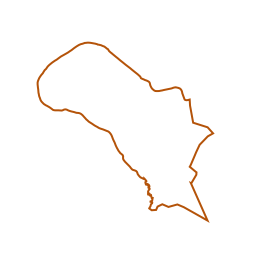 outline of La Pointe, Saint Lucia, rotated 193°
{"feature_id": "8701671B35754409069588", "entity_name": "La Pointe", "entity_type": "district", "adm_level": 2, "iso_a3": "LCA", "parent_name": "Saint Lucia", "parent_adm1": "", "projection": "natural_earth1", "projection_center": [-60.888, 13.916], "detail": "fine", "context": "isolated", "style": "outline", "palette": "amber", "viewbox_px": 256, "rotation_deg": 193, "n_neighbors": 0, "source": "geoboundaries", "source_scale": "gbopen_adm2", "svg_char_len": 4719}
<svg xmlns="http://www.w3.org/2000/svg" viewBox="0 0 256 256"><g transform="rotate(193 128 128)"><path d="M74.3,169.6L74.7,169.4L75.2,169.1L75.6,168.8L76.2,168.6L76.6,168.5L76.9,168.3L77.6,168.2L78.4,168.2L78.8,168.3L79.1,168.4L79.6,169.0L81.1,171.3L83.0,174.2L83.1,174.6L83.3,175.0L83.5,175.4L83.7,175.8L84.0,176.2L84.2,176.5L84.6,176.9L84.7,177.1L85.2,177.5L85.3,177.6L85.5,177.7L85.7,177.8L85.9,177.9L86.2,178.1L86.7,178.2L87.0,178.3L87.3,178.3L87.6,178.3L87.8,178.4L88.3,178.4L88.5,178.4L89.0,178.4L89.4,178.4L89.8,178.4L90.2,178.4L90.5,178.3L91.0,178.3L91.1,178.2L91.4,178.1L91.7,178.0L92.1,177.8L92.5,177.6L92.9,177.4L93.1,177.3L93.2,177.2L93.6,176.9L93.9,176.7L94.3,176.5L94.6,176.3L94.8,176.2L100.5,173.6L102.4,172.7L102.7,172.5L104.3,171.8L104.6,171.7L105.6,171.2L106.5,170.9L106.8,170.8L107.7,170.6L108.6,170.4L109.7,170.2L111.0,170.5L112.2,171.1L113.3,171.7L114.3,172.6L115.3,173.8L116.0,174.8L116.2,175.3L116.5,175.9L116.7,176.3L117.1,177.0L117.4,177.3L117.8,177.6L118.2,177.8L119.1,178.1L120.5,178.4L122.5,178.6L123.2,178.8L124.2,179.0L124.5,179.0L125.1,179.1L125.9,179.3L126.4,179.4L126.6,179.5L126.8,179.8L127.1,180.1L127.6,180.8L128.3,181.2L130.6,182.5L134.2,184.2L137.7,185.9L139.0,186.6L144.3,189.0L148.2,190.9L150.3,191.9L151.1,192.3L154.0,193.8L155.5,194.5L157.1,195.3L160.5,197.0L160.9,197.3L161.6,197.5L162.3,197.9L163.7,198.7L165.3,200.3L165.9,200.5L166.5,200.6L167.1,201.0L169.3,202.0L170.0,202.1L170.9,202.2L172.0,202.4L172.9,202.6L175.2,202.6L176.4,202.5L176.8,202.7L178.9,202.8L180.9,202.7L182.8,202.6L184.3,202.5L185.4,202.3L186.5,202.1L188.4,201.4L189.2,201.2L191.2,199.9L192.8,199.1L194.2,198.1L195.6,196.8L196.5,195.9L198.5,193.7L200.6,191.1L201.8,189.9L203.3,188.2L205.0,186.6L207.4,184.4L208.4,183.5L209.3,182.7L211.3,180.4L212.9,178.5L214.2,177.3L215.4,176.0L216.5,174.8L217.6,173.4L218.9,171.7L220.1,169.8L221.1,167.2L222.2,165.6L223.1,163.0L223.3,162.2L224.4,160.2L224.9,159.0L225.5,157.4L225.8,156.4L226.3,153.5L226.3,152.8L226.3,152.1L226.2,151.5L225.8,149.9L225.3,148.5L224.8,147.0L224.5,146.3L224.0,144.9L223.3,142.7L223.2,142.5L223.1,142.0L222.8,141.6L222.0,139.7L221.5,138.7L220.5,137.3L219.7,135.9L219.5,135.6L218.9,135.0L218.5,134.5L217.2,133.6L216.9,133.4L215.3,132.4L214.1,132.0L213.4,131.7L212.0,131.4L210.0,130.8L208.8,130.4L207.6,129.9L206.5,129.4L205.2,128.8L204.0,128.7L202.6,128.9L200.8,129.3L200.1,129.5L197.2,130.0L196.5,130.1L195.6,130.6L194.5,131.5L193.4,132.0L192.8,132.1L191.9,132.1L191.4,132.0L190.2,131.7L189.5,131.6L188.6,131.5L186.9,131.4L184.9,131.4L184.6,131.4L184.2,131.4L181.7,131.2L179.7,131.5L178.5,131.5L177.5,131.3L177.1,131.2L176.7,131.0L175.6,130.5L174.5,129.8L174.0,129.4L171.1,127.4L170.8,127.1L169.6,126.5L168.7,126.0L168.1,125.6L167.5,125.3L167.2,125.2L163.8,124.0L161.3,123.0L160.6,122.8L160.0,122.6L158.1,122.1L157.3,121.8L157.1,121.8L156.8,121.6L155.3,121.3L154.4,121.2L152.0,121.0L150.0,120.7L148.2,120.4L146.6,120.2L145.6,119.8L144.5,119.1L143.3,118.1L143.0,117.8L142.3,117.0L141.8,116.3L140.9,115.0L140.7,114.6L139.3,112.7L137.9,111.0L137.4,110.3L136.0,108.2L134.5,106.3L133.2,104.9L133.0,104.6L131.8,103.4L131.3,103.0L130.9,102.7L130.1,102.0L129.9,101.8L129.2,101.5L129.0,101.4L128.0,100.9L127.4,100.6L126.9,100.2L126.8,99.9L126.6,99.7L126.3,99.0L126.3,98.7L126.2,98.2L126.1,97.9L125.8,96.8L125.4,96.3L125.2,96.1L125.0,95.8L123.1,94.3L121.8,93.5L121.2,93.1L120.4,92.6L118.8,91.6L117.9,91.0L117.7,90.9L117.3,90.6L116.4,89.8L115.6,89.2L115.4,89.1L115.1,88.8L114.7,88.6L113.8,88.3L112.1,88.2L111.9,88.2L110.4,87.9L109.6,87.4L109.0,86.7L108.7,86.2L108.1,85.2L107.4,84.6L106.7,84.0L106.3,83.7L106.1,83.6L105.3,83.0L104.9,82.8L104.7,82.7L103.9,82.5L103.6,82.5L103.3,82.4L102.1,82.1L101.5,82.0L101.1,81.9L100.7,81.9L100.8,82.4L100.0,81.9L98.7,80.9L98.2,80.5L98.1,80.3L98.5,79.5L98.9,79.1L98.7,78.6L98.6,78.4L98.5,78.1L98.3,77.8L98.0,77.3L97.7,76.9L97.4,76.9L97.2,77.3L96.9,77.6L96.4,77.2L95.8,76.8L95.5,77.2L95.5,77.5L95.0,77.3L94.5,76.8L94.0,76.1L94.0,75.8L94.6,75.4L94.8,74.9L94.5,74.3L94.1,74.3L93.7,74.2L93.3,73.8L93.2,73.4L93.4,72.9L93.9,72.0L94.1,70.8L94.1,70.1L93.4,69.2L93.7,68.9L93.7,68.3L93.4,67.7L92.9,67.7L92.9,68.2L92.6,68.9L92.2,68.8L91.8,68.2L91.8,67.6L91.4,67.1L91.0,67.1L90.4,67.6L89.8,66.3L89.1,65.1L88.6,65.4L88.2,65.4L88.2,64.5L88.1,63.0L88.6,61.9L89.1,61.7L89.5,61.6L89.5,61.2L88.9,61.1L88.1,61.4L87.7,61.1L87.6,60.7L87.6,60.0L88.3,59.1L88.5,58.3L88.5,56.7L89.1,55.1L89.2,54.4L86.4,53.2L82.2,54.5L81.5,58.1L77.4,61.4L70.8,60.2L62.7,64.6L55.8,63.4L29.7,55.7L54.3,88.4L53.9,88.3L50.9,97.8L51.3,100.2L51.6,100.3L59.1,104.1L58.9,104.7L58.5,106.4L56.7,116.5L56.2,119.5L54.4,127.8L50.9,133.6L48.4,137.8L43.9,141.9L49.6,145.9L50.6,146.6L65.7,147.8L72.6,163.8L74.3,169.6Z" fill="none" stroke="#b45309" stroke-width="2"/></g></svg>